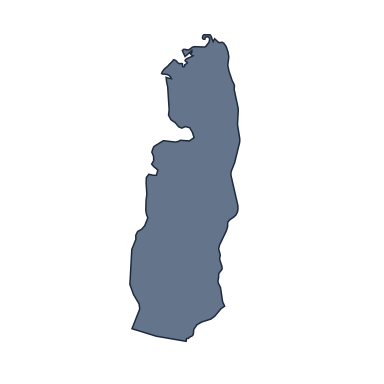 Mtwara, orthographic projection, rotated 296°
{"feature_id": "TZA-3388", "entity_name": "Mtwara", "entity_type": "Region", "adm_level": 1, "iso_a3": "TZA", "parent_name": "United Republic of Tanzania", "parent_adm1": "", "projection": "orthographic", "projection_center": [39.572, -10.772], "detail": "fine", "context": "isolated", "style": "filled", "palette": "slate", "viewbox_px": 384, "rotation_deg": 296, "n_neighbors": 0, "source": "natural_earth", "source_scale": "10m", "svg_char_len": 2559}
<svg xmlns="http://www.w3.org/2000/svg" viewBox="0 0 384 384"><g transform="rotate(296 192 192)"><path d="M339.7,155.3L337.7,158.9L333.9,162.8L329.5,165.9L321.6,168.6L317.0,172.1L309.8,179.2L307.5,182.2L306.1,183.6L302.7,184.9L287.5,196.8L285.2,198.0L272.6,203.3L260.5,211.8L257.4,213.1L237.0,217.5L227.7,218.2L225.6,218.9L223.7,220.0L199.9,239.2L197.1,240.7L194.0,241.6L190.8,241.6L188.2,240.7L183.3,238.0L180.4,237.4L176.7,239.1L172.5,239.9L156.6,240.0L152.5,240.9L149.3,243.8L147.2,245.3L144.6,245.9L143.0,246.9L138.2,251.6L136.0,252.8L134.7,252.7L132.1,252.1L130.6,251.9L129.3,252.2L126.8,253.4L123.2,254.4L121.3,256.0L118.6,259.5L106.7,267.7L103.7,271.4L100.0,269.3L90.4,266.9L86.1,264.7L79.4,257.7L75.0,254.7L69.4,253.8L68.2,254.2L65.5,255.3L64.1,255.6L62.7,255.2L60.3,253.4L59.1,253.0L58.7,252.8L58.1,251.7L57.9,251.4L57.1,251.4L56.5,251.7L56.2,252.0L55.2,252.2L46.7,223.0L42.8,198.0L64.0,196.3L68.3,193.4L74.2,184.4L81.7,176.7L113.9,163.1L124.8,162.3L128.6,160.4L132.8,160.5L136.3,163.0L141.0,164.3L149.5,163.6L151.8,161.0L155.1,158.6L164.5,154.3L170.1,152.4L180.2,146.7L185.1,144.6L189.1,145.5L189.9,149.4L191.4,152.7L196.8,151.6L198.1,146.4L199.4,143.5L203.3,143.8L207.1,141.9L210.2,138.4L213.3,137.9L216.2,137.8L225.6,143.8L229.6,155.2L231.3,157.4L233.3,158.7L236.8,167.3L241.8,170.0L245.8,166.2L248.7,161.9L248.0,157.5L244.9,154.8L244.8,151.4L246.9,146.7L247.7,141.4L250.8,137.2L255.9,135.4L275.6,124.2L279.8,120.9L283.7,118.5L283.8,120.1L284.8,123.8L286.0,122.3L286.7,120.3L286.7,118.1L286.1,116.2L285.0,113.7L285.2,112.7L286.7,112.6L289.0,112.9L290.8,113.4L294.6,115.1L296.9,115.7L301.8,117.4L302.4,117.3L302.8,117.5L303.1,118.8L302.9,120.4L302.1,122.1L301.7,123.9L302.7,126.0L303.1,127.1L302.2,127.7L301.0,128.3L300.6,129.0L301.3,130.0L301.9,130.1L302.5,129.8L303.1,129.7L305.2,131.0L306.1,131.2L306.5,130.2L306.6,128.9L307.0,128.2L307.7,128.1L309.0,128.6L310.5,129.6L313.3,132.1L314.8,133.2L314.8,132.1L315.0,131.3L315.3,130.6L315.7,129.8L316.6,130.4L317.3,130.6L318.1,130.4L319.1,129.8L317.0,129.1L310.7,126.4L314.8,121.3L316.5,121.8L317.2,123.2L317.5,125.0L318.2,126.5L319.2,127.3L322.0,128.7L323.2,129.8L323.9,130.9L327.8,139.7L329.0,140.8L329.3,140.6L333.4,141.5L334.0,141.7L337.9,140.6L338.5,138.1L337.0,136.2L334.9,136.6L334.3,135.2L334.8,134.1L335.9,133.5L337.4,133.3L338.5,133.7L339.1,134.7L339.5,136.0L340.2,137.1L341.2,139.3L340.1,141.3L338.1,143.1L336.5,145.1L337.3,145.0L338.9,145.1L339.7,145.1L338.4,149.3L338.2,150.6L338.5,151.6L339.2,152.5L339.8,153.7L339.7,155.3Z" fill="#64748b" stroke="#1e293b" stroke-width="1.5"/></g></svg>